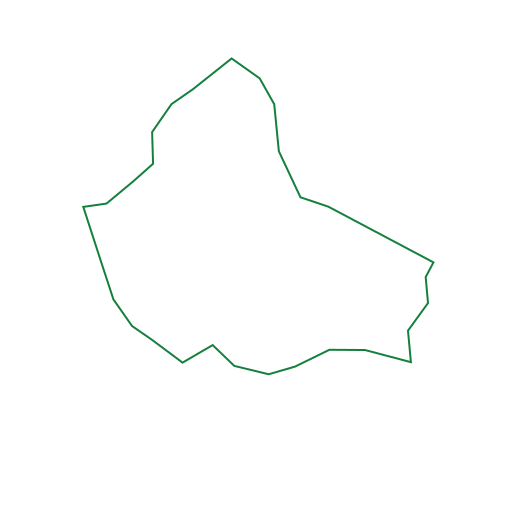 the district of Uijeongbu-si, Gyeonggi, South Korea, rotated 55°
{"feature_id": "91817680B6871011244235", "entity_name": "Uijeongbu-si", "entity_type": "district", "adm_level": 2, "iso_a3": "KOR", "parent_name": "South Korea", "parent_adm1": "Gyeonggi", "projection": "natural_earth1", "projection_center": [127.071, 37.727], "detail": "fine", "context": "isolated", "style": "outline", "palette": "green", "viewbox_px": 512, "rotation_deg": 55, "n_neighbors": 0, "source": "geoboundaries", "source_scale": "gbopen_adm2", "svg_char_len": 533}
<svg xmlns="http://www.w3.org/2000/svg" viewBox="0 0 512 512"><g transform="rotate(55 256 256)"><path d="M363.0,114.3L257.0,168.5L233.4,185.9L183.3,177.2L142.1,154.0L112.6,151.1L80.2,162.7L83.2,212.0L83.1,238.1L94.9,270.0L121.4,287.4L124.4,313.5L127.3,348.4L116.7,369.3L171.5,386.1L209.8,397.7L242.3,397.7L265.8,389.0L300.1,377.7L301.2,377.4L304.1,342.6L333.6,336.8L360.1,313.5L369.0,287.4L374.9,249.7L395.5,220.7L431.8,190.0L404.3,174.3L393.2,142.1L370.6,129.1L363.0,114.3Z" fill="none" stroke="#15803d" stroke-width="2"/></g></svg>